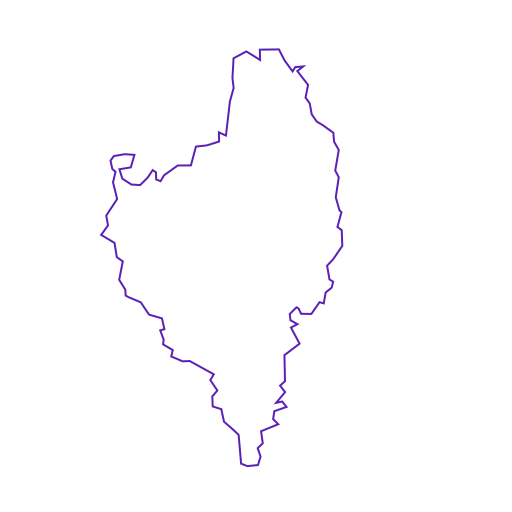 outline of Hormigueros, Puerto Rico, rotated 241°
{"feature_id": "32010507B56909324713626", "entity_name": "Hormigueros", "entity_type": "district", "adm_level": 2, "iso_a3": "PRI", "parent_name": "Puerto Rico", "parent_adm1": "", "projection": "albers", "projection_center": [-67.115, 18.132], "detail": "fine", "context": "isolated", "style": "outline", "palette": "violet", "viewbox_px": 512, "rotation_deg": 241, "n_neighbors": 0, "source": "geoboundaries", "source_scale": "gbopen_adm2", "svg_char_len": 1635}
<svg xmlns="http://www.w3.org/2000/svg" viewBox="0 0 512 512"><g transform="rotate(241 256 256)"><path d="M338.3,377.7L344.1,374.3L352.8,373.4L363.5,377.0L370.5,376.1L380.4,384.5L397.7,381.8L398.9,389.2L402.2,381.9L399.7,377.5L413.3,375.8L425.6,376.2L434.6,359.4L425.5,354.6L439.6,346.7L439.8,332.2L432.4,327.6L423.3,321.8L413.8,317.9L403.8,308.1L375.9,288.1L382.1,283.5L374.0,279.2L376.6,266.6L380.8,256.5L366.8,243.0L373.1,231.4L371.2,214.8L367.7,208.8L371.4,205.8L377.7,209.1L381.2,207.3L377.1,199.3L374.2,189.1L378.9,181.7L388.4,176.6L398.1,178.6L394.2,189.5L403.4,198.7L408.7,190.5L412.3,180.2L410.0,175.0L401.7,172.5L397.8,174.0L389.8,166.7L373.2,162.2L363.9,144.6L354.5,141.4L349.5,130.8L336.0,138.6L322.5,133.7L315.9,136.9L301.5,124.8L290.0,125.4L284.6,122.8L281.6,124.7L271.3,132.8L261.2,133.6L256.5,134.1L247.0,143.5L236.4,140.4L237.4,136.2L227.7,134.7L223.7,131.9L214.1,137.6L209.2,133.2L199.5,140.7L196.3,147.1L173.0,161.7L169.6,155.9L157.1,157.0L154.4,149.7L145.4,145.2L138.9,151.4L126.6,147.7L114.1,152.2L108.0,154.1L81.6,142.3L76.4,146.6L72.2,156.4L78.3,162.7L87.1,164.3L88.9,171.1L100.3,175.5L98.1,193.9L105.0,191.9L111.4,196.8L109.2,209.5L116.0,208.4L117.8,202.5L122.9,215.5L130.9,214.2L132.5,220.7L155.5,232.8L158.2,251.6L176.5,251.9L176.3,259.2L183.1,255.0L188.9,257.4L191.5,266.5L189.4,267.8L183.6,267.4L178.5,276.3L184.8,289.2L181.7,292.3L190.3,299.2L191.6,306.8L196.1,311.0L199.9,308.9L213.1,313.5L215.6,321.6L223.0,336.4L237.0,343.5L241.9,341.3L252.8,351.9L255.7,351.2L268.6,354.2L284.8,366.6L292.3,366.7L308.6,379.8L318.1,379.7L326.3,383.4L338.3,377.7Z" fill="none" stroke="#5b21b6" stroke-width="2"/></g></svg>